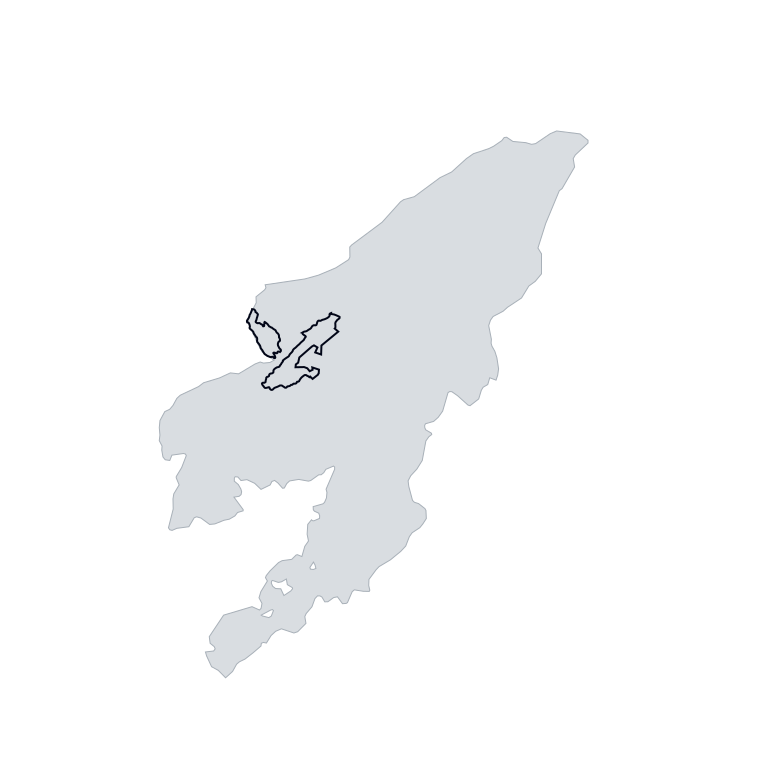 Panfilov, Chuy, Kyrgyzstan (highlighted), rotated 321°
{"feature_id": "92254566B35271705363117", "entity_name": "Panfilov", "entity_type": "district", "adm_level": 2, "iso_a3": "KGZ", "parent_name": "Kyrgyzstan", "parent_adm1": "Chuy", "projection": "mercator", "projection_center": [73.745, 42.502], "detail": "fine", "context": "in_parent", "style": "outline", "palette": "ink", "viewbox_px": 768, "rotation_deg": 321, "n_neighbors": 0, "source": "geoboundaries", "source_scale": "gbopen_adm2", "svg_char_len": 8799}
<svg xmlns="http://www.w3.org/2000/svg" viewBox="0 0 768 768"><g transform="rotate(321 384 384)"><path d="M170.0,459.9L171.9,458.8L177.8,457.5L189.7,456.4L193.7,457.2L201.9,462.2L208.1,461.6L209.3,462.2L211.6,466.4L220.3,460.3L226.5,458.5L229.7,452.4L236.4,445.1L242.2,443.9L242.3,445.1L243.4,446.2L249.3,447.9L251.1,445.9L252.0,443.3L249.9,439.1L249.9,437.3L251.8,434.7L261.1,438.7L263.2,438.6L267.5,436.4L271.4,432.4L272.8,429.3L292.0,419.2L293.4,417.4L293.1,416.0L285.1,413.7L281.4,415.0L278.1,415.0L276.1,413.5L266.3,412.9L264.1,411.9L257.7,404.5L249.6,399.9L245.7,400.2L241.1,402.1L239.6,401.2L239.3,394.3L238.3,390.1L235.5,389.2L232.0,390.8L222.1,388.5L221.0,379.8L217.3,372.1L212.1,369.0L211.9,364.3L210.0,362.4L208.5,362.9L206.5,365.3L207.5,370.4L206.7,375.5L205.6,378.1L203.3,380.0L200.7,380.1L196.2,377.5L195.5,393.0L194.7,393.9L189.3,391.7L185.1,392.7L178.7,391.7L173.9,389.2L164.5,386.3L160.1,383.4L157.4,373.0L154.8,369.3L152.4,368.5L142.5,372.1L132.2,365.8L127.2,364.4L125.8,362.5L126.0,360.1L141.5,348.5L147.7,340.5L151.5,337.1L161.3,333.5L163.5,326.1L164.3,325.2L174.2,321.6L185.3,315.2L185.6,313.4L184.4,311.8L174.4,305.8L169.4,308.6L166.3,305.2L166.3,301.6L169.7,295.5L172.5,292.5L173.7,286.6L177.7,282.7L181.9,276.5L186.9,271.4L196.3,267.5L201.5,268.8L206.4,267.9L214.0,264.8L218.6,264.5L238.2,269.3L244.6,269.5L259.8,275.7L271.6,278.7L277.4,284.6L296.4,287.3L301.6,289.0L303.5,291.9L308.9,295.5L313.5,296.3L309.5,282.2L311.1,273.7L317.1,250.6L320.3,247.1L335.8,240.5L339.4,235.7L350.5,235.7L352.8,234.9L354.1,232.1L388.5,252.5L401.6,258.2L419.6,263.4L434.8,265.1L437.4,263.9L443.6,256.0L446.4,255.6L484.3,257.1L511.4,252.8L515.3,253.1L525.4,257.5L557.5,258.9L570.0,261.8L590.0,260.7L598.4,261.3L613.5,267.0L618.8,268.2L628.7,269.0L632.5,268.1L634.6,269.4L636.8,276.6L646.1,285.7L649.5,290.6L653.1,292.6L670.8,294.1L677.4,296.0L693.8,313.1L695.9,323.0L694.2,325.1L676.8,326.4L672.9,327.9L668.7,335.3L645.4,344.2L641.9,344.1L610.7,361.0L589.2,375.2L588.3,382.0L575.7,397.5L566.2,399.4L558.2,399.0L545.0,403.7L528.2,402.1L522.4,402.4L511.3,400.2L506.9,401.4L502.1,404.5L495.6,416.8L492.9,419.7L491.7,422.5L490.7,428.4L488.2,434.7L482.6,444.3L477.9,448.7L473.5,451.5L470.1,445.7L464.3,449.7L459.0,448.9L455.7,450.1L448.2,455.2L437.2,455.0L436.0,453.2L433.8,439.3L431.9,432.7L430.3,431.2L428.3,431.0L412.5,442.0L405.2,444.0L399.1,444.3L391.2,441.0L389.5,441.8L388.2,443.6L387.6,445.9L389.9,452.1L389.3,453.3L385.7,453.2L380.7,454.6L365.6,467.5L356.0,470.8L347.1,472.1L341.8,474.4L338.8,479.2L332.9,492.4L333.2,495.1L335.6,498.7L337.4,506.6L337.0,508.7L332.2,515.2L326.1,517.2L321.4,518.2L312.3,517.3L307.6,518.6L298.9,523.6L291.8,524.6L278.4,524.7L265.2,522.8L260.9,523.4L249.3,526.4L245.3,531.0L243.2,535.3L242.0,535.9L237.4,532.0L231.4,525.3L228.5,525.4L218.0,530.9L216.5,530.7L213.5,528.6L213.9,520.1L210.5,518.3L203.3,517.9L200.9,516.0L201.7,510.5L200.9,508.4L199.0,506.8L195.3,507.3L187.8,511.8L179.1,513.4L176.1,514.9L172.7,520.9L161.0,522.2L157.3,520.8L150.2,509.7L144.2,508.0L138.0,508.4L129.6,511.3L127.6,508.9L125.5,508.3L123.5,510.2L113.3,510.5L102.9,510.3L96.9,508.9L93.1,509.0L85.4,512.1L76.0,512.6L75.0,502.3L72.1,495.2L75.0,483.7L76.6,479.9L83.6,484.3L86.1,483.6L86.8,481.3L85.7,476.1L89.2,470.4L113.9,462.7L141.3,474.0L145.0,481.3L147.3,481.0L151.1,477.7L152.3,471.5L157.6,467.9L169.4,463.7L170.0,459.9ZM184.1,485.6L184.6,484.5L182.6,479.1L185.4,474.1L179.8,473.2L177.0,471.7L173.8,466.6L172.7,466.4L171.1,467.8L170.2,471.1L171.0,474.7L174.9,478.2L173.1,485.4L181.2,486.2L184.1,485.6ZM155.5,490.5L155.3,489.0L153.4,488.3L143.1,486.3L143.5,487.7L147.5,493.1L150.4,493.4L155.5,490.5ZM216.5,481.3L217.1,478.0L211.0,479.9L210.3,481.6L212.4,483.7L215.0,484.5L216.5,481.3Z" fill="#d9dde1" stroke="#a8b0b8" stroke-width="1"/><path d="M289.0,312.0L289.3,312.4L289.7,312.7L290.4,313.1L290.6,313.2L291.6,313.6L292.2,313.9L292.5,314.0L292.7,314.3L292.7,314.8L292.5,315.1L292.4,315.5L292.3,316.4L292.6,317.5L293.0,317.9L293.5,318.2L294.3,318.3L295.8,318.1L296.8,318.2L299.5,319.1L300.7,319.4L302.3,319.7L302.9,320.2L303.3,320.5L303.7,321.0L304.1,322.4L304.5,323.5L304.6,324.2L304.7,324.4L305.0,324.8L305.4,325.1L305.8,325.3L306.5,325.3L307.0,325.1L307.4,325.1L307.6,325.2L308.6,325.8L309.3,326.1L310.0,326.3L310.6,326.2L311.3,326.2L311.9,326.7L312.5,326.9L313.2,326.8L313.8,326.8L314.3,327.1L315.1,327.8L315.8,328.1L316.4,328.2L317.4,327.7L317.9,327.6L318.8,328.2L319.7,328.4L321.1,327.8L322.2,327.4L323.1,327.2L324.2,327.0L325.2,327.0L326.8,327.0L327.7,327.1L328.3,327.3L328.7,327.7L329.3,328.4L329.4,329.3L329.8,329.9L330.1,330.6L330.3,331.7L330.6,332.1L331.3,331.9L331.7,335.1L338.5,335.2L339.2,334.8L339.9,334.7L342.5,331.9L338.7,326.0L337.5,328.0L334.3,327.3L334.3,323.5L332.6,320.6L325.8,315.3L327.8,313.3L330.7,313.4L334.9,310.1L351.6,309.5L353.9,309.9L355.3,313.7L350.4,316.2L353.7,321.5L359.6,314.7L381.4,314.5L380.6,309.9L381.2,309.8L382.0,309.3L383.9,306.8L384.3,306.2L385.2,305.5L387.2,305.0L388.0,304.8L389.8,304.9L390.9,304.8L391.7,304.0L391.6,303.5L390.2,300.7L389.0,298.6L387.6,297.0L387.0,296.3L387.6,295.6L387.3,295.5L386.8,295.4L386.5,295.3L386.3,295.3L386.2,295.3L385.6,295.5L385.6,295.9L384.9,296.5L384.0,297.0L382.7,297.1L381.3,297.0L380.1,296.7L379.0,296.4L378.9,296.4L377.9,296.0L377.0,295.6L376.4,295.3L375.1,295.1L374.2,294.8L373.8,294.4L373.4,293.8L372.7,293.5L371.8,293.6L370.9,294.0L370.2,294.6L369.2,295.2L368.8,295.5L368.2,295.5L367.6,295.2L366.9,294.6L366.3,294.1L365.5,293.9L364.4,293.9L362.9,294.5L361.9,294.7L361.7,294.7L360.2,294.5L359.3,294.3L358.1,294.3L356.9,294.1L356.0,293.7L355.4,293.3L354.4,292.9L353.4,292.8L352.7,292.7L352.9,293.0L352.6,293.3L352.3,294.1L352.6,295.5L352.8,296.1L353.1,297.1L353.1,297.8L352.6,298.2L351.9,298.3L351.3,298.5L350.4,298.8L349.8,299.2L348.9,299.3L347.6,299.4L346.1,299.4L345.0,299.5L343.8,299.7L342.6,299.8L341.0,299.8L339.3,300.0L337.9,300.1L337.7,300.1L336.9,300.0L335.5,300.1L334.4,300.4L333.6,301.0L332.3,301.3L330.3,301.5L329.2,301.7L328.3,302.2L327.4,302.5L326.6,302.5L325.1,302.3L322.5,302.1L320.2,302.1L319.8,302.7L319.2,302.9L318.7,303.1L317.2,303.4L316.3,303.9L315.5,304.0L314.7,304.1L314.0,304.6L313.2,304.6L312.5,304.3L311.3,303.7L310.2,303.5L308.7,303.4L307.7,303.5L306.8,303.8L306.2,304.3L305.9,304.8L305.2,305.4L304.6,305.4L303.8,305.3L303.3,305.1L302.8,304.7L301.8,304.3L300.9,304.4L300.5,304.7L300.1,305.1L299.7,305.4L298.9,305.4L298.2,305.2L297.7,304.9L297.1,304.9L296.5,305.0L295.8,305.7L295.5,306.0L294.8,306.4L294.2,306.9L293.7,307.4L293.2,307.9L292.4,307.9L291.7,307.7L291.1,307.1L290.7,306.8L290.1,306.7L289.7,306.7L289.3,307.0L289.0,308.1L288.9,309.0L289.0,310.0L288.9,310.8L288.9,311.3L289.0,312.0ZM328.6,242.8L327.7,243.5L325.2,244.9L324.2,245.4L323.0,245.8L321.9,246.8L321.2,247.1L320.3,247.6L319.4,247.9L318.6,248.1L317.3,248.6L316.6,249.5L316.5,250.2L316.8,250.6L317.2,250.8L317.3,251.5L317.2,252.2L316.6,253.8L315.9,255.0L315.3,255.4L314.8,255.8L314.6,256.5L314.7,257.3L314.8,258.0L315.0,258.7L315.2,259.7L315.2,260.5L315.2,261.4L314.5,263.0L314.5,263.3L314.6,263.6L314.6,263.8L314.6,264.1L314.5,264.4L314.5,264.5L314.4,265.9L314.2,266.8L314.5,267.7L314.3,268.3L314.0,268.9L313.2,269.9L312.5,270.5L312.3,271.1L312.0,271.5L312.0,274.4L311.8,276.2L311.2,277.7L310.8,278.4L310.7,279.5L310.7,281.2L310.5,282.2L310.3,283.6L310.1,285.6L310.5,286.9L310.8,287.9L311.0,288.7L311.4,289.4L311.8,290.0L312.0,290.5L312.4,291.1L312.8,291.7L313.7,292.2L314.4,292.6L314.7,293.0L315.0,293.6L314.8,294.3L315.2,295.0L315.5,295.2L315.8,295.2L316.2,295.0L316.5,294.4L316.8,293.9L317.0,292.8L317.2,291.9L317.3,291.4L317.3,290.8L317.4,290.4L317.6,290.2L318.0,290.2L318.5,290.6L318.9,291.0L319.4,292.1L319.8,292.4L320.2,292.7L320.7,292.7L320.9,292.4L321.4,292.1L321.7,292.0L322.2,292.2L323.1,293.1L323.3,293.7L324.5,293.5L325.2,292.8L325.4,292.1L325.2,290.7L325.3,289.7L325.6,288.7L325.8,287.5L326.3,286.6L327.1,285.7L328.3,285.0L328.9,284.8L329.6,285.0L330.4,284.9L331.0,284.1L331.4,283.4L331.6,282.7L331.8,281.6L332.2,281.1L332.6,280.6L333.1,279.7L333.3,278.8L333.3,277.7L333.1,277.0L333.0,276.4L333.1,275.9L333.3,274.8L333.5,274.1L333.3,273.2L332.8,271.9L332.6,271.0L332.4,270.3L332.3,269.5L331.8,268.9L331.5,267.9L331.0,266.9L331.1,266.0L331.1,265.1L331.2,264.4L331.1,263.8L330.9,262.7L330.6,261.4L330.3,260.7L329.8,260.8L329.5,261.4L329.4,261.9L328.8,262.1L328.2,262.1L327.9,262.4L327.7,262.8L327.6,263.3L327.2,263.5L326.8,263.4L326.4,263.1L326.4,262.6L326.6,262.0L326.6,261.2L326.5,260.6L326.1,260.1L325.9,259.5L325.8,258.9L325.7,258.4L325.1,257.9L324.8,257.7L324.2,257.4L323.6,256.5L323.4,255.8L323.3,255.2L323.7,254.6L325.0,254.0L326.1,253.2L326.8,252.6L327.7,252.1L328.9,251.2L329.6,250.8L329.9,250.2L329.8,249.3L329.9,248.5L329.8,248.0L329.6,247.8L329.4,247.3L329.6,246.8L330.1,246.1L330.1,245.4L330.1,244.8L329.9,244.2L328.6,242.8Z" fill="none" stroke="#020617" stroke-width="2"/></g></svg>